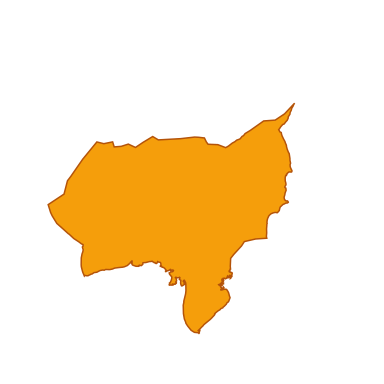 Chandmani, Hovd, Mongolia, rotated 134°
{"feature_id": "93677404B83292258053511", "entity_name": "Chandmani", "entity_type": "district", "adm_level": 2, "iso_a3": "MNG", "parent_name": "Mongolia", "parent_adm1": "Hovd", "projection": "robinson", "projection_center": [93.079, 47.751], "detail": "fine", "context": "isolated", "style": "filled", "palette": "amber", "viewbox_px": 384, "rotation_deg": 134, "n_neighbors": 0, "source": "geoboundaries", "source_scale": "gbopen_adm2", "svg_char_len": 6048}
<svg xmlns="http://www.w3.org/2000/svg" viewBox="0 0 384 384"><g transform="rotate(134 192 192)"><path d="M56.8,179.9L71.5,179.7L82.5,182.1L91.1,189.8L107.4,192.9L113.1,194.4L115.7,194.1L117.2,194.6L119.5,194.4L120.7,194.4L123.7,195.9L126.0,196.1L128.8,197.0L133.7,197.7L136.7,198.6L140.0,206.3L146.5,213.6L146.0,216.5L144.5,220.6L148.0,225.2L150.7,228.3L161.6,237.3L177.9,252.4L179.4,258.8L190.3,261.7L199.2,263.6L201.8,271.1L208.3,274.6L213.6,279.3L211.1,283.9L218.5,289.0L222.1,295.2L244.3,293.4L265.1,290.0L270.4,289.4L282.4,282.6L301.0,286.7L305.0,279.4L306.3,275.9L308.5,267.4L308.2,260.5L308.0,254.5L307.9,251.9L307.7,251.1L307.6,244.7L306.5,239.0L306.1,235.5L305.5,233.9L306.6,232.8L307.7,232.7L309.2,230.1L310.9,229.0L312.9,228.1L316.3,225.9L321.4,221.1L322.7,219.6L325.0,215.9L325.7,214.6L327.2,211.1L326.5,211.2L325.2,209.3L324.2,208.5L323.2,208.3L322.6,207.9L321.5,207.7L320.3,206.9L318.1,206.5L315.8,204.7L312.4,203.6L310.1,202.0L309.2,200.8L307.7,200.3L305.0,197.3L302.5,195.6L300.7,194.9L299.6,194.1L297.1,192.1L294.3,189.7L292.8,188.7L289.7,187.4L286.1,187.2L285.1,187.5L284.7,187.2L283.3,187.3L283.3,187.1L284.2,186.3L284.7,186.3L285.2,185.9L285.0,185.5L285.6,185.0L285.8,184.6L285.7,183.6L284.3,180.6L283.5,179.9L282.9,179.1L282.1,178.6L281.9,178.7L281.8,179.1L281.3,179.1L280.3,177.4L279.3,177.2L278.1,177.2L277.4,177.9L276.9,178.1L274.8,176.2L271.6,174.3L270.6,173.3L269.5,172.6L269.4,171.5L269.1,170.9L269.1,170.0L268.5,169.6L268.6,169.0L268.4,168.1L267.4,167.8L265.9,168.4L265.6,167.3L264.7,166.0L264.8,165.2L265.6,164.1L266.3,163.6L267.4,163.4L267.5,163.1L267.2,162.8L266.4,162.9L266.6,161.7L266.9,161.3L266.1,160.1L265.9,158.4L266.1,157.6L266.2,155.9L267.3,156.1L267.6,155.7L267.3,155.4L265.8,155.0L265.2,154.5L263.5,153.9L262.8,153.9L262.6,153.7L262.7,153.4L263.2,152.9L261.5,151.7L261.3,151.3L261.3,150.8L261.7,150.6L262.7,150.6L264.4,151.8L265.9,152.1L265.8,151.8L266.1,151.7L266.6,151.3L266.7,151.1L267.0,148.9L267.0,148.1L267.3,147.3L268.5,146.4L270.5,145.3L271.2,145.2L272.2,144.7L273.1,145.0L273.6,144.3L274.3,144.2L274.7,143.8L274.6,143.4L273.9,142.9L272.7,141.5L272.5,141.4L272.2,141.6L272.1,141.9L271.8,142.1L271.6,141.7L271.8,141.1L271.7,140.9L270.9,141.0L270.1,140.1L269.5,140.5L269.0,140.5L268.9,140.4L269.0,140.0L268.7,139.9L268.2,140.1L268.0,140.3L267.8,141.3L266.7,141.3L265.9,142.2L265.8,142.6L265.3,143.2L265.1,143.7L265.2,144.4L264.5,144.4L264.1,143.2L263.9,142.9L262.6,141.9L262.0,141.7L262.0,141.4L262.1,141.1L263.7,140.3L263.3,138.7L265.4,137.0L266.1,136.0L266.8,134.4L266.6,134.1L266.2,133.8L263.6,133.2L263.0,134.6L262.4,134.7L262.1,135.1L262.3,136.2L261.5,136.6L261.3,136.4L261.2,135.4L261.0,135.5L261.2,134.8L261.7,133.5L262.7,132.3L267.2,127.8L269.8,125.8L276.3,122.0L276.8,121.4L279.5,119.7L285.5,113.6L288.7,109.2L289.9,106.4L290.7,105.1L291.4,102.1L292.1,96.6L291.3,92.8L288.9,89.7L288.9,88.8L288.3,88.8L287.6,89.6L286.3,90.0L285.5,90.9L285.5,91.0L286.0,91.1L287.4,91.1L287.4,91.3L287.2,91.3L285.2,91.2L281.9,91.2L281.1,91.1L279.1,91.3L271.3,90.4L269.2,90.3L264.9,90.4L263.7,90.8L264.0,91.0L263.9,91.1L262.7,91.1L259.4,90.7L257.3,90.1L255.7,90.2L254.0,89.4L253.0,89.6L251.7,89.4L248.9,89.4L247.1,89.9L245.8,89.5L244.8,89.8L241.6,91.2L240.7,93.0L239.1,95.6L238.5,97.3L238.1,99.1L238.3,100.0L239.8,101.4L241.9,102.6L242.4,103.3L242.2,103.5L241.4,103.0L240.2,102.9L239.1,102.5L238.7,102.5L238.6,103.0L239.1,102.7L239.8,103.3L240.3,103.3L241.0,103.6L240.9,103.8L240.3,103.8L240.2,104.3L240.5,104.7L240.5,105.3L240.2,105.6L239.8,105.8L240.0,106.2L239.9,106.7L240.2,108.0L240.1,108.5L239.9,108.4L239.3,107.3L239.2,106.6L238.8,106.3L238.6,105.4L238.4,105.2L238.2,106.1L237.9,106.3L237.5,106.2L237.6,106.5L238.0,106.6L238.0,107.0L238.6,107.3L237.9,107.4L238.1,107.9L237.8,107.9L237.0,107.0L236.7,106.9L236.6,106.7L237.0,106.4L237.0,106.2L236.7,105.8L236.4,105.9L236.1,105.6L235.8,105.9L236.0,106.4L235.9,106.9L236.4,107.4L236.5,107.8L236.3,107.9L236.0,107.4L235.5,107.1L235.1,107.9L234.9,107.9L234.7,107.6L234.6,108.0L234.2,107.9L234.3,108.5L234.7,109.0L234.7,109.3L234.4,109.6L233.8,109.9L233.2,109.6L233.4,109.1L233.3,108.8L233.1,109.3L232.4,109.6L232.2,109.3L232.3,108.9L232.1,108.8L231.9,109.1L231.5,108.8L231.6,108.3L231.3,107.7L230.8,107.7L230.4,107.3L230.0,107.4L229.6,107.0L229.1,107.3L228.6,107.7L228.3,107.7L227.8,108.0L227.8,107.6L228.0,107.4L228.6,107.4L228.2,106.9L228.3,106.2L227.9,105.9L227.5,106.1L227.3,106.6L226.2,106.5L226.3,107.0L225.9,107.1L225.6,106.6L226.3,105.7L226.2,105.4L225.8,105.3L225.8,105.0L227.0,104.7L227.4,104.4L226.6,104.3L226.2,104.7L225.6,104.8L225.2,104.6L224.7,104.8L224.7,105.5L224.4,105.9L223.8,105.8L222.5,106.6L222.3,107.0L222.3,107.3L222.7,107.7L222.7,108.3L223.0,108.5L222.9,109.4L223.5,109.6L223.4,109.9L223.1,109.9L223.0,110.4L222.5,110.3L222.5,110.1L222.0,110.2L221.2,111.0L220.7,110.7L218.9,112.8L212.9,118.1L208.0,118.6L196.4,118.9L191.3,119.9L181.6,113.6L173.3,106.1L172.2,107.7L169.6,109.8L166.7,112.8L164.0,115.0L163.7,115.4L162.3,116.2L161.9,116.9L160.1,118.3L158.3,119.3L155.5,120.2L153.1,120.1L151.0,119.3L149.2,118.2L148.4,117.4L147.9,116.5L147.5,116.2L144.8,116.3L142.1,117.9L141.2,118.1L137.7,117.9L136.2,117.2L135.0,116.9L133.5,115.7L132.5,115.6L132.2,116.2L132.1,116.8L132.2,117.3L132.9,117.9L133.1,118.3L133.2,119.8L132.8,120.8L131.8,122.1L129.7,123.2L128.1,124.3L125.4,125.5L124.0,127.2L124.2,127.9L124.1,128.6L123.1,129.1L122.1,129.2L121.1,129.8L120.0,131.3L119.3,132.6L117.0,134.9L115.6,135.8L115.0,136.0L114.6,135.6L113.6,135.9L113.6,136.3L113.2,136.4L110.6,136.3L109.5,135.5L108.9,134.6L108.4,134.3L108.1,134.3L107.3,134.8L106.9,135.7L106.8,136.4L106.4,137.0L106.4,137.3L105.6,138.9L104.3,140.4L102.8,141.1L101.2,143.5L99.8,144.9L96.9,148.7L96.3,150.6L95.0,153.4L93.6,155.7L92.8,156.6L91.9,158.8L91.1,160.3L90.3,162.9L89.0,166.3L88.2,167.8L87.3,169.0L87.3,169.5L87.7,170.5L86.9,173.0L85.9,173.0L83.4,173.5L81.1,173.6L80.3,173.6L79.2,173.0L78.7,173.0L76.1,173.3L74.4,173.3L72.3,174.0L71.0,175.0L68.0,175.6L66.6,176.7L64.5,177.3L62.2,178.5L60.2,178.9L58.4,179.6L56.8,179.9Z" fill="#f59e0b" stroke="#b45309" stroke-width="1.5"/></g></svg>